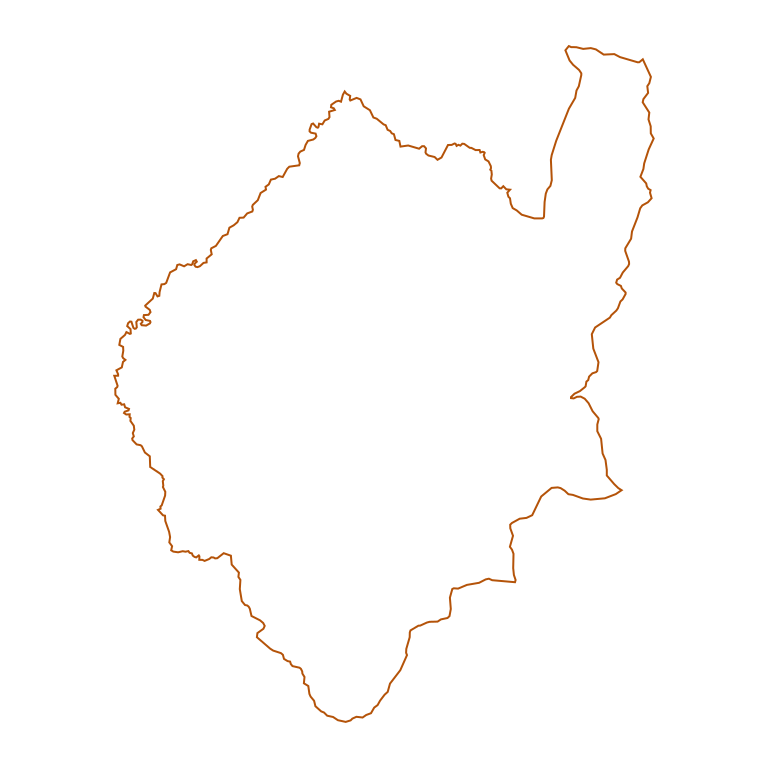 the district of Paime, Cundinamarca, Colombia
{"feature_id": "7082276B96064980503158", "entity_name": "Paime", "entity_type": "district", "adm_level": 2, "iso_a3": "COL", "parent_name": "Colombia", "parent_adm1": "Cundinamarca", "projection": "orthographic", "projection_center": [-74.184, 5.386], "detail": "fine", "context": "isolated", "style": "outline", "palette": "amber", "viewbox_px": 768, "rotation_deg": 0, "n_neighbors": 0, "source": "geoboundaries", "source_scale": "gbopen_adm2", "svg_char_len": 6081}
<svg xmlns="http://www.w3.org/2000/svg" viewBox="0 0 768 768"><path d="M642.8,59.3L639.3,62.2L637.7,62.3L620.0,57.1L614.3,54.1L603.7,54.6L595.9,49.4L590.8,48.1L583.2,48.9L576.3,47.2L571.1,47.1L568.8,46.1L565.4,50.3L569.6,60.5L573.1,64.8L579.1,70.0L581.3,73.3L581.3,75.0L578.8,86.3L576.5,90.5L575.2,97.9L568.9,108.7L556.2,140.8L551.7,155.1L550.9,159.8L551.8,180.2L550.4,185.9L547.4,189.4L545.8,193.6L544.6,202.0L544.0,216.7L543.4,218.0L542.2,218.4L534.3,218.4L521.7,214.7L516.7,210.4L512.7,208.1L510.8,203.7L510.0,198.3L508.4,196.7L507.3,192.7L510.0,189.7L506.3,189.3L503.3,186.2L501.2,188.4L499.6,188.3L491.6,180.7L491.1,178.6L491.8,174.5L491.4,170.7L490.3,169.7L491.0,168.1L490.8,166.1L488.5,161.4L485.2,159.4L483.7,155.1L484.7,152.8L484.2,152.2L482.7,151.8L480.4,152.5L479.6,150.0L475.6,150.1L471.4,147.9L469.7,147.8L464.2,143.9L462.3,143.7L460.4,145.6L458.4,144.8L456.6,145.9L455.6,143.8L454.5,143.5L451.7,144.9L448.0,145.0L441.5,157.5L437.5,159.8L434.6,157.0L428.4,155.5L426.1,153.7L425.5,152.4L426.0,148.4L424.1,146.2L422.1,146.2L419.1,148.7L408.2,145.5L400.5,146.6L399.3,140.9L395.5,140.0L393.9,134.2L391.7,133.3L390.2,131.0L387.6,129.8L385.7,125.2L383.6,124.4L376.7,118.7L373.4,117.5L369.9,110.2L363.7,106.3L360.5,99.4L356.6,97.9L350.3,100.5L349.7,99.5L350.2,95.9L346.4,93.7L344.7,91.5L342.9,94.7L341.0,101.7L338.7,100.8L336.1,101.5L331.3,104.8L331.0,107.3L333.8,108.3L334.8,110.0L329.1,111.7L329.5,117.1L328.4,118.9L324.7,120.5L322.4,124.3L319.1,123.7L318.5,126.9L317.8,127.7L316.4,127.2L313.1,123.5L311.6,124.1L309.6,129.7L309.6,131.4L311.0,132.7L315.6,133.6L316.4,136.2L315.3,138.0L313.3,139.5L307.9,140.9L305.6,144.9L304.0,149.9L300.3,151.6L298.6,153.6L298.0,156.3L299.8,163.1L299.2,165.3L289.3,166.7L287.2,168.8L282.7,177.0L278.8,176.1L275.1,178.7L270.9,179.6L268.8,184.4L265.5,186.8L266.0,189.6L260.6,193.0L257.8,200.2L252.8,204.9L252.2,206.6L252.9,209.8L252.3,211.5L247.2,213.4L243.6,217.6L239.5,217.8L237.4,222.2L233.7,225.3L229.4,227.7L227.5,234.2L222.8,236.0L215.9,245.9L211.3,248.3L210.8,249.9L211.7,254.3L206.6,258.5L206.6,262.4L203.5,262.9L199.9,266.2L197.5,267.1L195.6,266.7L194.4,265.1L194.7,263.6L196.8,261.7L195.9,260.1L193.2,261.3L192.2,264.3L191.2,265.0L187.6,264.2L184.1,266.3L179.6,264.4L177.3,265.0L176.1,269.2L170.1,272.4L166.2,282.9L164.4,284.1L161.5,284.4L159.6,292.0L159.3,295.8L157.5,296.4L155.5,293.1L154.3,293.0L152.8,298.6L145.2,305.6L145.5,306.6L149.7,309.8L150.5,312.1L148.5,314.8L143.9,315.1L143.5,317.2L145.7,320.0L150.0,320.9L150.5,322.1L149.9,323.4L146.1,325.6L141.7,325.2L140.8,323.8L142.4,322.1L142.5,320.7L140.6,319.6L138.1,319.7L136.3,322.0L136.8,327.3L135.8,328.6L134.6,328.8L133.4,327.8L131.4,321.7L130.0,321.5L128.1,323.2L127.2,326.1L130.5,329.1L130.8,333.5L129.9,333.9L126.4,332.1L125.0,334.9L120.4,338.9L119.3,344.9L123.1,346.9L123.3,350.7L122.3,356.5L123.2,358.2L125.4,359.9L123.0,361.9L121.8,367.4L116.4,370.3L118.1,374.2L118.1,375.7L114.3,375.8L117.6,385.8L117.2,387.1L115.3,388.7L115.4,394.8L118.8,398.8L117.7,403.3L120.4,402.8L121.5,404.7L124.2,404.3L125.1,407.3L129.0,408.9L128.5,410.4L124.7,411.7L124.0,413.0L126.2,414.5L129.7,414.3L129.5,416.9L130.7,418.0L130.4,420.9L133.8,425.7L134.3,429.7L132.8,433.1L133.8,436.4L132.2,438.5L132.5,440.1L136.6,444.4L140.6,445.2L141.9,446.3L144.9,452.5L149.8,456.3L150.2,467.0L160.1,473.6L162.5,476.1L162.4,477.6L163.9,479.2L162.8,481.1L163.3,485.7L162.9,487.0L165.3,491.8L165.1,495.6L161.7,505.4L160.4,506.5L160.6,508.7L158.0,509.9L163.0,515.3L165.0,515.7L165.3,521.0L169.1,531.8L170.1,537.1L169.3,542.4L172.1,546.2L171.2,550.3L173.3,551.6L178.1,552.3L182.7,551.2L185.5,551.7L188.4,551.1L189.6,552.8L191.9,553.4L192.8,555.6L194.5,556.9L196.2,557.4L198.8,555.4L199.4,556.3L199.3,559.8L202.5,559.9L204.6,560.9L209.2,559.0L211.3,557.3L213.6,557.5L215.1,558.4L217.3,558.2L223.7,553.2L230.9,555.7L231.7,564.6L238.9,572.6L238.4,576.9L240.4,579.9L239.8,589.1L241.8,601.1L245.0,605.0L247.3,605.5L248.7,606.7L249.8,608.7L251.5,616.0L260.0,620.3L263.2,623.0L264.7,625.9L263.4,628.8L257.4,633.1L256.9,637.2L270.1,648.6L273.2,650.6L280.9,653.1L282.9,654.8L284.0,658.9L287.6,661.1L290.1,661.6L290.8,664.0L292.5,666.1L299.5,667.7L300.9,668.8L302.2,671.4L302.4,673.6L304.5,677.0L303.9,683.3L308.3,686.0L309.4,693.9L310.6,696.6L314.1,700.8L315.4,706.2L321.2,711.4L324.0,712.5L327.2,715.7L333.1,717.0L337.9,720.2L345.7,721.9L350.6,720.4L352.4,718.6L356.4,716.8L362.6,717.5L366.2,715.0L371.0,713.2L374.2,707.6L377.6,705.1L380.1,700.6L384.6,694.7L387.7,691.9L390.0,683.6L400.3,670.2L407.0,655.1L406.1,652.8L406.3,648.9L409.7,637.2L409.8,632.4L410.5,630.4L418.4,625.7L420.2,625.6L427.0,622.5L429.7,621.8L437.6,621.6L440.9,619.4L447.5,618.0L449.5,616.1L450.8,609.0L449.9,597.7L452.3,589.0L453.8,588.3L458.1,588.6L466.9,584.9L479.1,582.8L485.7,579.4L488.9,578.7L492.2,580.2L515.0,582.2L515.6,580.0L513.9,575.0L513.2,568.2L513.5,553.8L512.0,549.7L509.9,546.8L513.0,535.8L510.3,528.3L510.2,524.7L511.9,523.0L519.7,518.7L526.5,517.9L532.2,515.2L541.2,496.5L551.6,487.9L557.8,487.4L560.6,488.1L564.7,490.7L568.4,494.2L572.9,494.9L582.9,498.5L590.7,499.6L604.9,498.3L615.8,494.1L621.6,490.2L618.3,488.1L614.2,484.1L606.8,475.5L606.8,469.8L605.5,460.0L602.6,453.5L601.1,438.8L597.3,431.2L597.3,424.5L598.7,419.1L598.3,418.0L592.6,411.2L588.6,403.2L584.7,398.7L580.7,396.6L577.0,396.8L573.7,398.4L571.0,398.1L571.0,397.1L574.5,393.7L579.9,391.1L584.8,387.2L585.6,386.3L586.4,381.6L588.2,380.1L589.1,376.6L592.4,373.3L596.1,372.1L597.2,371.0L598.5,362.2L593.3,348.6L591.8,334.2L595.1,327.5L609.9,317.6L611.3,315.2L616.3,310.6L617.9,308.3L620.4,301.5L622.6,299.4L625.6,294.0L625.6,292.5L621.8,288.5L620.9,285.9L617.3,284.1L616.2,282.7L617.1,279.6L620.0,277.8L622.8,272.5L628.2,266.1L629.1,264.0L629.0,261.7L625.2,250.9L625.3,248.3L631.1,238.7L632.0,231.5L637.5,217.4L640.2,208.3L642.3,205.4L647.9,202.3L651.6,198.2L650.0,192.7L650.6,190.1L648.2,188.7L646.8,186.3L646.2,183.4L640.4,176.8L643.4,169.0L644.2,163.4L648.7,149.4L653.7,138.5L650.8,133.4L650.7,126.3L648.5,119.4L649.3,112.6L642.7,102.3L643.4,99.1L648.1,92.9L647.3,86.2L649.3,83.2L650.9,76.9L642.8,59.3Z" fill="none" stroke="#b45309" stroke-width="2"/></svg>